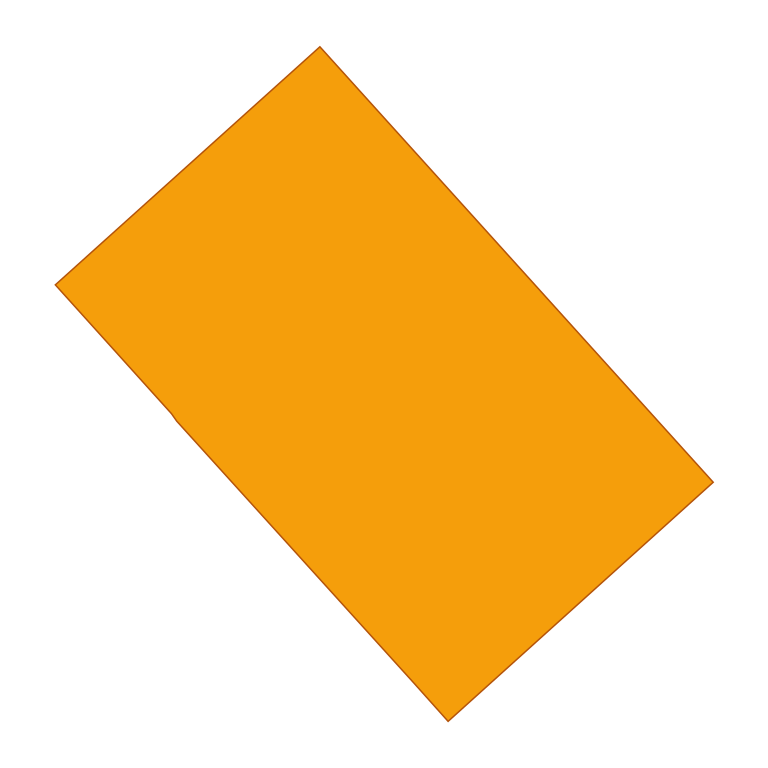 Andrews, Texas, United States of America (Robinson projection), rotated 48°
{"feature_id": "52423323B79543792390346", "entity_name": "Andrews", "entity_type": "district", "adm_level": 2, "iso_a3": "USA", "parent_name": "United States of America", "parent_adm1": "Texas", "projection": "robinson", "projection_center": [-102.679, 32.305], "detail": "fine", "context": "isolated", "style": "filled", "palette": "amber", "viewbox_px": 768, "rotation_deg": 48, "n_neighbors": 0, "source": "geoboundaries", "source_scale": "gbopen_adm2", "svg_char_len": 286}
<svg xmlns="http://www.w3.org/2000/svg" viewBox="0 0 768 768"><g transform="rotate(48 384 384)"><path d="M677.6,562.1L677.3,205.1L90.5,206.0L90.4,514.5L90.4,532.4L90.4,561.9L263.9,561.8L273.0,562.9L625.5,561.9L677.6,562.1Z" fill="#f59e0b" stroke="#b45309" stroke-width="1.5"/></g></svg>